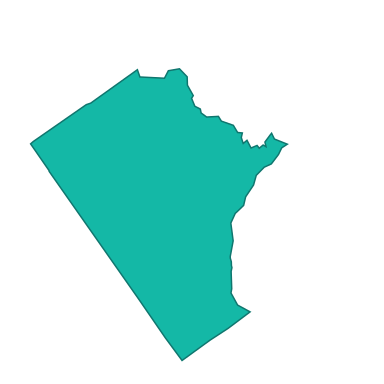 Cowlitz, Washington, United States of America (orthographic projection), rotated 235°
{"feature_id": "52423323B43213790326288", "entity_name": "Cowlitz", "entity_type": "district", "adm_level": 2, "iso_a3": "USA", "parent_name": "United States of America", "parent_adm1": "Washington", "projection": "orthographic", "projection_center": [-122.727, 46.119], "detail": "fine", "context": "isolated", "style": "filled", "palette": "teal", "viewbox_px": 384, "rotation_deg": 235, "n_neighbors": 0, "source": "geoboundaries", "source_scale": "gbopen_adm2", "svg_char_len": 934}
<svg xmlns="http://www.w3.org/2000/svg" viewBox="0 0 384 384"><g transform="rotate(235 192 192)"><path d="M59.7,87.2L60.3,121.6L59.6,143.6L60.5,170.8L73.2,164.5L86.9,166.0L89.9,169.0L104.5,178.5L107.1,181.3L109.1,182.1L112.3,184.2L115.8,185.4L117.2,186.3L128.4,197.7L144.3,206.0L149.7,215.2L149.9,217.0L151.4,226.6L157.3,233.2L162.4,246.4L168.8,254.2L170.9,265.4L169.5,273.1L173.1,284.3L176.7,290.8L176.5,297.5L188.1,289.9L194.5,290.9L193.9,288.8L191.1,280.4L186.7,278.6L189.7,277.2L189.3,272.2L192.8,272.0L194.2,265.6L202.8,266.7L202.4,261.8L208.3,263.6L211.5,267.1L214.6,263.5L222.9,264.1L233.2,256.7L238.8,257.0L245.0,247.0L251.5,244.8L255.2,246.4L260.6,243.5L269.0,245.4L270.2,248.3L282.1,249.5L289.1,254.1L300.1,252.4L304.9,242.2L301.0,234.7L316.1,215.3L323.5,217.4L322.9,159.9L324.2,155.5L324.4,91.0L324.0,87.4L291.6,87.2L290.8,86.8L133.9,86.9L87.8,86.5L59.7,87.2Z" fill="#14b8a6" stroke="#0f766e" stroke-width="1.5"/></g></svg>